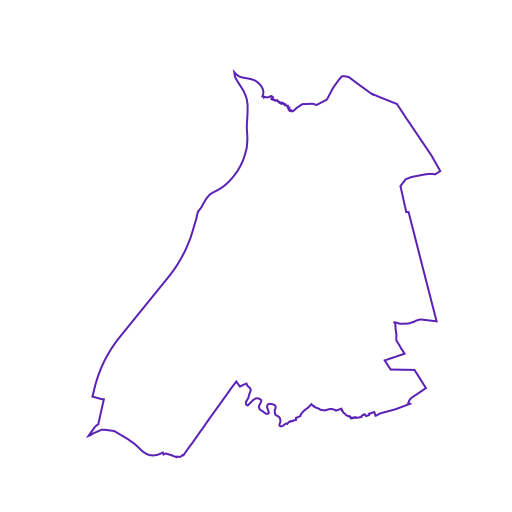 Roermond, Limburg, Netherlands (Albers equal-area conic projection), rotated 350°
{"feature_id": "6326949B62204677584458", "entity_name": "Roermond", "entity_type": "district", "adm_level": 2, "iso_a3": "NLD", "parent_name": "Netherlands", "parent_adm1": "Limburg", "projection": "albers", "projection_center": [6.001, 51.209], "detail": "fine", "context": "isolated", "style": "outline", "palette": "violet", "viewbox_px": 512, "rotation_deg": 350, "n_neighbors": 0, "source": "geoboundaries", "source_scale": "gbopen_adm2", "svg_char_len": 5967}
<svg xmlns="http://www.w3.org/2000/svg" viewBox="0 0 512 512"><g transform="rotate(350 256 256)"><path d="M266.6,71.3L266.4,75.0L266.7,77.0L267.5,79.2L272.4,91.3L272.8,92.9L273.8,97.3L274.1,100.3L274.0,105.4L272.9,111.7L272.1,115.5L271.0,120.1L269.8,125.0L269.4,127.2L268.9,130.4L268.5,134.4L268.0,138.2L267.6,140.4L266.2,145.8L265.7,147.8L263.3,153.1L261.5,156.6L259.6,159.9L256.6,164.2L253.7,167.7L251.5,170.1L248.0,173.4L245.5,175.5L243.6,177.0L241.1,178.8L237.7,180.9L234.9,182.4L231.3,183.9L228.3,184.9L224.7,186.0L221.5,187.3L220.9,187.6L220.7,187.8L218.3,189.8L217.0,190.9L214.5,193.8L210.7,198.5L207.4,201.6L206.7,202.0L204.6,206.4L204.1,208.1L198.0,220.3L195.0,226.1L193.0,229.5L188.5,236.5L186.3,239.6L181.2,246.1L177.1,250.8L174.2,253.9L172.3,255.8L166.6,261.1L110.7,309.6L105.1,314.5L102.1,317.4L97.9,321.7L95.1,324.8L91.0,329.7L88.6,332.8L85.8,336.8L83.8,339.8L80.4,345.4L77.6,350.6L75.4,355.0L70.5,366.1L71.3,366.4L78.9,370.1L81.3,370.7L71.4,394.4L69.4,395.2L67.4,396.6L66.5,397.4L65.1,399.0L63.5,400.4L59.8,404.1L62.3,403.6L63.9,402.6L64.5,402.5L73.3,400.4L74.1,400.3L78.5,401.3L79.7,401.8L83.4,402.9L85.2,403.5L86.4,404.1L95.3,411.7L98.1,414.2L102.4,418.5L104.3,420.6L105.7,422.4L108.5,426.3L110.4,428.7L111.2,429.6L113.3,431.5L115.0,432.7L116.6,433.6L119.7,434.5L122.1,434.7L125.1,434.6L127.0,434.2L130.1,433.4L130.5,435.4L132.7,434.8L135.1,436.0L135.1,435.9L138.1,437.4L138.0,437.5L142.9,440.4L143.5,439.8L146.0,440.7L146.8,440.5L148.4,439.8L148.8,439.6L149.1,439.3L149.9,439.7L154.1,435.4L158.8,430.9L160.2,429.7L170.8,419.1L176.2,413.9L176.5,413.4L179.9,410.1L180.3,409.8L180.2,409.7L199.8,390.6L202.2,388.3L208.3,382.2L214.8,376.2L217.5,381.8L221.4,380.6L224.5,380.0L224.8,381.6L225.1,382.4L227.0,384.9L227.4,385.7L227.6,386.4L227.5,386.7L227.4,387.5L227.1,388.1L225.9,390.2L225.2,391.3L224.1,393.9L223.1,395.3L221.1,397.5L220.7,398.2L220.5,399.0L220.5,399.6L220.6,400.4L220.9,401.1L221.3,401.5L221.8,401.6L222.2,401.6L227.4,397.9L228.8,397.1L230.0,396.6L231.4,396.2L232.2,396.3L232.8,396.4L234.4,397.1L235.9,398.5L236.1,398.8L236.1,399.2L235.9,399.7L235.5,400.7L235.0,401.4L233.4,403.5L232.9,404.2L232.7,405.3L232.7,406.0L232.8,406.7L233.0,407.4L233.6,408.4L235.3,409.8L237.6,412.3L238.6,413.1L239.2,413.3L240.1,413.4L240.7,413.3L241.1,413.1L241.3,412.7L241.4,411.8L240.9,408.5L240.7,407.4L240.7,406.8L240.8,406.0L241.0,405.4L241.3,405.0L241.7,404.5L242.2,404.2L243.0,403.9L243.6,403.9L244.3,404.1L245.8,404.6L246.9,405.0L248.8,406.4L249.0,406.8L249.1,407.3L249.1,408.0L248.9,409.1L247.9,410.6L247.7,411.0L247.6,411.7L247.4,413.5L247.4,414.8L247.5,415.5L247.8,416.0L248.2,416.4L250.3,418.0L250.7,418.4L251.3,419.7L251.4,420.2L251.5,421.4L251.5,422.6L251.0,423.9L250.2,425.4L249.8,426.1L249.7,426.6L249.8,427.2L250.4,427.9L250.7,428.0L251.8,428.1L252.9,427.9L253.4,427.7L255.4,426.6L256.3,426.2L257.1,426.4L257.6,426.8L259.5,425.2L262.1,425.0L261.9,424.7L266.9,424.4L267.2,422.4L270.2,421.8L272.0,421.2L272.1,420.7L273.0,419.5L273.5,419.1L275.4,417.4L277.9,415.9L281.1,414.3L283.1,412.9L284.8,411.5L286.8,414.3L287.1,414.2L287.1,414.3L287.3,414.3L287.5,414.7L288.5,415.6L291.6,417.4L292.1,417.9L292.4,418.4L292.7,418.7L294.7,419.2L295.8,419.7L297.4,420.1L297.5,419.9L301.3,419.6L303.1,419.6L304.5,420.0L308.2,421.9L308.2,422.2L309.9,421.8L313.5,421.2L313.6,422.3L313.8,422.1L314.7,425.0L315.0,425.6L315.7,426.3L316.2,426.9L317.1,428.4L319.3,429.9L320.3,429.9L320.5,430.8L321.0,430.8L321.4,432.5L323.1,432.5L323.1,432.0L325.9,432.0L325.9,432.8L331.8,432.9L331.9,432.4L332.3,431.9L332.9,431.6L334.2,431.0L334.3,430.8L334.6,430.9L334.7,431.2L335.7,430.9L336.7,432.8L338.8,432.4L339.7,432.4L340.1,431.7L340.0,431.0L345.4,430.2L346.0,434.1L346.8,434.0L350.8,432.6L366.5,431.2L382.0,428.3L380.4,427.2L382.0,424.8L382.6,424.1L383.4,423.4L384.2,422.9L385.2,422.4L400.4,415.6L392.3,395.7L368.9,391.2L364.6,381.2L385.3,378.0L384.3,375.5L383.2,372.9L383.0,372.7L382.6,371.6L382.6,371.3L381.1,367.3L379.6,363.8L379.6,363.2L379.6,362.7L380.6,358.2L380.7,357.5L380.8,352.0L380.9,351.2L381.2,349.3L381.3,348.4L381.2,346.4L381.1,346.0L380.7,345.4L380.9,345.3L384.0,346.6L385.0,347.4L385.7,347.6L387.7,348.0L393.6,348.9L395.3,348.9L399.5,348.2L399.6,348.4L402.6,347.4L405.4,347.1L407.3,347.1L422.5,351.7L418.2,296.3L413.9,239.3L411.6,238.8L410.4,212.2L416.7,206.5L422.6,205.2L436.4,205.0L440.5,205.2L443.9,205.8L446.6,206.7L452.2,204.3L446.4,187.9L429.6,150.1L427.7,146.0L421.2,130.8L404.1,120.2L398.7,116.6L398.7,117.0L398.2,116.6L386.4,104.4L379.1,96.6L378.4,95.8L376.5,95.1L373.9,94.2L371.8,94.0L370.5,94.9L367.5,97.5L361.5,103.4L360.1,105.1L353.5,113.6L353.1,114.0L352.4,114.5L341.8,117.8L339.3,116.4L337.7,115.8L331.4,115.0L328.3,114.5L327.6,114.7L322.4,116.9L321.4,117.5L317.5,119.9L316.6,119.8L316.4,119.7L316.4,119.1L316.3,118.8L316.1,118.6L315.8,118.6L315.1,119.1L314.7,119.2L314.1,118.6L314.0,118.4L313.9,118.1L314.5,117.3L314.4,117.2L313.4,116.6L313.3,116.4L313.3,116.2L313.5,116.1L314.2,115.6L313.3,115.2L313.1,115.1L313.2,114.8L313.6,114.0L313.5,113.5L313.2,113.4L312.5,113.5L312.0,113.2L311.8,112.8L310.5,112.4L310.4,112.2L310.5,112.0L310.9,111.6L311.0,111.5L310.9,111.4L310.7,111.2L309.7,111.2L309.4,110.8L309.3,110.2L308.9,109.8L308.6,109.7L308.4,109.8L307.9,110.5L307.7,110.6L307.4,110.6L307.1,110.3L307.2,109.3L306.0,109.5L305.8,109.4L305.7,108.2L305.3,107.9L304.4,107.8L304.2,107.5L304.2,106.5L304.1,106.3L302.9,106.3L301.9,106.5L301.8,106.4L301.7,105.7L301.5,105.3L301.1,105.2L300.5,105.4L298.4,104.3L298.4,104.0L298.5,103.8L299.1,103.6L299.8,103.4L300.1,103.2L300.2,102.8L300.1,102.2L299.5,101.8L299.0,101.2L298.8,101.1L298.6,101.1L298.0,101.6L297.3,101.4L297.0,101.4L296.2,101.7L294.3,101.8L292.7,101.0L292.4,101.0L291.4,101.3L291.5,100.5L290.0,100.0L291.1,98.0L291.6,96.6L291.8,94.8L291.7,93.1L290.9,90.3L290.2,88.7L288.8,86.6L287.2,84.6L286.6,84.1L285.6,83.1L285.1,82.8L283.8,82.0L281.6,80.9L278.2,79.5L275.2,78.5L272.6,77.4L271.2,76.6L269.7,75.4L268.2,73.8L267.0,72.0L266.6,71.3Z" fill="none" stroke="#5b21b6" stroke-width="2"/></g></svg>